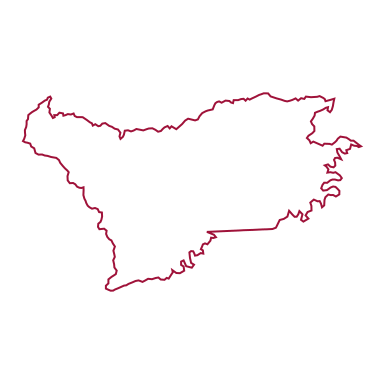 outline of Francisco Beltrão, Paraná, Brazil
{"feature_id": "56859067B76374785013373", "entity_name": "Francisco Beltrão", "entity_type": "district", "adm_level": 2, "iso_a3": "BRA", "parent_name": "Brazil", "parent_adm1": "Paraná", "projection": "albers", "projection_center": [-53.12, -26.068], "detail": "fine", "context": "isolated", "style": "outline", "palette": "rose", "viewbox_px": 384, "rotation_deg": 0, "n_neighbors": 0, "source": "geoboundaries", "source_scale": "gbopen_adm2", "svg_char_len": 4724}
<svg xmlns="http://www.w3.org/2000/svg" viewBox="0 0 384 384"><path d="M35.5,153.0L38.5,154.6L42.1,154.5L44.7,155.5L47.6,155.9L51.1,157.0L56.3,157.9L59.0,160.1L60.2,162.8L63.0,166.2L65.0,168.4L67.3,170.5L68.7,172.2L67.5,176.1L67.7,180.4L69.8,183.2L73.1,183.0L75.3,184.3L77.1,186.7L79.3,187.7L81.3,188.0L83.5,187.3L83.6,190.1L83.4,195.1L84.4,198.7L85.5,200.7L86.3,203.1L87.7,205.7L89.4,207.2L92.0,208.7L95.0,208.0L97.7,209.1L99.1,212.1L101.9,212.5L102.1,216.5L101.4,219.7L100.5,221.9L98.3,223.7L98.0,226.9L99.4,229.2L104.1,228.7L106.6,230.7L106.1,233.9L107.3,236.9L109.3,239.3L111.4,240.4L112.9,243.5L114.9,246.5L113.4,250.7L114.3,254.4L114.8,256.9L113.2,260.3L114.1,264.2L114.4,267.5L116.7,270.6L115.8,274.1L114.0,275.3L111.5,276.9L108.4,279.4L108.4,283.4L105.9,285.7L105.9,288.6L108.5,289.8L110.7,290.7L113.2,290.6L115.0,289.5L117.5,288.5L120.7,287.1L124.0,285.6L126.3,285.3L128.5,283.9L132.3,282.4L135.5,281.0L138.5,280.4L140.5,281.1L142.5,281.9L144.8,280.7L148.1,278.8L152.0,279.2L155.7,278.0L158.4,277.5L160.7,279.5L164.5,279.8L166.7,277.9L168.7,278.6L170.8,275.3L172.8,272.3L172.3,270.1L176.3,273.0L179.9,273.2L184.2,270.7L183.6,266.5L181.1,264.9L181.1,261.6L183.6,260.4L186.2,266.2L191.8,267.7L194.0,264.7L191.1,262.9L190.0,258.0L189.4,252.4L191.1,251.1L193.2,251.3L194.3,253.5L195.0,255.6L197.4,255.2L200.7,253.1L203.3,253.6L202.9,250.4L200.9,249.2L202.1,246.5L202.9,244.4L205.0,243.4L207.4,244.3L210.4,240.7L211.1,237.7L213.3,238.0L215.9,237.2L213.9,234.7L206.9,231.9L222.6,231.2L238.6,230.5L243.7,230.2L252.9,229.9L258.7,229.6L262.9,229.4L266.6,229.3L268.7,229.2L272.5,229.0L275.9,227.7L276.9,225.8L278.1,223.3L279.7,220.0L283.8,218.9L287.4,216.6L288.5,212.9L289.1,210.8L292.5,214.7L294.6,216.8L296.7,216.7L298.3,214.3L299.4,211.1L302.5,214.3L301.0,219.8L303.4,221.6L305.9,220.1L308.4,218.6L305.6,215.4L307.6,212.0L311.5,210.5L311.4,205.9L310.3,202.6L313.8,199.6L317.6,201.3L319.7,201.1L321.0,203.7L322.0,207.3L324.2,205.4L324.5,199.9L325.4,197.2L328.3,194.5L330.7,195.1L333.1,195.0L335.9,196.5L339.3,194.4L339.4,190.9L337.6,188.9L335.5,186.9L333.1,186.5L330.6,187.5L327.0,190.1L323.2,190.6L321.2,188.3L322.5,184.9L324.2,182.7L327.2,182.8L330.4,180.3L332.6,179.5L334.8,179.5L338.1,180.4L340.3,180.1L341.8,178.1L339.9,175.4L338.1,174.1L335.5,172.2L333.2,172.8L330.3,172.2L327.4,172.6L328.4,169.4L326.6,166.8L324.8,165.4L328.0,164.4L330.5,166.7L333.6,167.3L335.3,165.6L335.1,162.4L334.0,159.9L335.1,158.0L337.3,157.7L341.2,159.3L339.7,156.5L337.4,152.5L336.8,149.1L339.6,148.7L342.1,152.2L344.8,153.6L347.2,153.1L346.3,150.2L350.0,148.9L351.2,144.5L354.1,145.7L357.0,146.0L358.7,147.1L361.0,146.3L358.7,144.7L356.4,142.9L353.6,140.7L350.9,140.7L349.2,139.4L346.4,137.6L343.4,137.1L340.4,136.6L337.8,138.7L336.6,140.6L335.0,142.2L331.9,144.6L329.6,143.9L324.3,143.7L322.6,145.7L313.3,141.6L310.7,143.2L309.4,140.3L306.9,138.0L308.5,135.7L310.5,134.4L312.3,133.2L314.4,131.0L314.3,126.4L312.1,124.1L310.9,121.4L312.7,118.9L314.6,115.6L315.0,112.8L317.6,111.7L320.0,110.9L323.1,109.5L325.8,107.8L328.0,107.2L327.5,110.3L330.0,112.2L331.8,109.8L332.9,106.1L333.5,102.4L334.3,98.7L330.0,100.0L325.5,101.2L324.8,99.1L323.2,97.9L319.6,96.1L317.2,96.8L311.0,97.2L305.9,96.6L304.3,98.9L301.1,98.2L298.1,100.6L295.6,98.4L292.4,99.9L290.0,100.7L287.2,101.4L284.7,100.9L281.1,99.6L276.6,98.4L270.6,96.4L268.1,93.4L263.8,93.3L261.1,94.3L259.2,94.9L255.9,96.6L251.8,98.5L249.7,99.6L247.6,98.5L245.6,100.7L243.6,98.8L241.0,99.1L238.2,100.1L233.7,100.1L233.0,103.1L231.0,102.5L229.4,101.0L225.5,100.6L221.6,102.7L219.1,101.4L217.1,102.0L215.4,103.2L214.4,105.1L212.7,109.4L207.8,110.5L205.6,111.3L202.2,113.1L199.5,116.3L197.9,119.4L195.1,120.4L191.0,119.4L188.1,118.7L185.1,120.6L182.1,124.1L176.3,129.2L174.3,128.0L171.5,126.3L169.7,128.4L167.6,126.0L164.5,127.4L162.8,128.9L160.9,131.0L158.1,131.7L155.4,129.8L152.4,128.3L148.8,128.5L146.9,129.1L143.3,130.4L140.3,129.8L136.4,129.0L133.5,130.6L131.0,131.4L128.0,130.3L124.8,130.7L123.9,134.7L122.9,136.8L120.5,138.9L119.5,136.4L120.4,132.7L118.0,129.5L114.7,128.7L111.9,126.8L109.2,125.9L105.3,123.1L102.3,123.6L100.3,125.8L98.3,126.2L95.3,124.2L92.8,125.6L91.9,123.3L89.9,122.3L87.0,120.1L82.7,117.2L79.8,117.1L76.9,117.1L74.7,116.0L73.6,113.5L70.9,114.5L67.8,114.1L65.6,115.1L63.4,115.7L63.0,113.4L59.4,112.7L57.2,115.1L54.3,115.1L54.7,117.2L52.9,118.0L51.7,115.9L49.4,112.5L49.9,108.8L48.0,106.8L48.8,104.6L49.3,101.7L51.3,98.6L50.2,96.6L47.8,97.7L47.0,99.7L44.8,100.6L41.9,102.7L38.7,104.7L38.7,107.4L36.4,109.6L34.4,110.7L32.2,112.0L30.2,113.5L28.3,115.1L28.0,119.1L26.6,121.0L26.6,124.3L26.2,127.0L24.9,130.1L25.0,132.8L25.3,135.3L24.2,138.8L23.0,141.1L25.2,142.3L27.4,142.7L30.2,143.6L31.2,146.5L34.2,148.3L35.5,153.0Z" fill="none" stroke="#9f1239" stroke-width="2"/></svg>